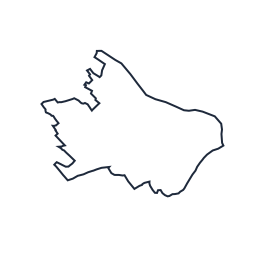 outline of Kardasa, Al Jizah, Egypt, rotated 149°
{"feature_id": "37247803B74669546915316", "entity_name": "Kardasa", "entity_type": "district", "adm_level": 2, "iso_a3": "EGY", "parent_name": "Egypt", "parent_adm1": "Al Jizah", "projection": "natural_earth1", "projection_center": [31.148, 30.052], "detail": "fine", "context": "isolated", "style": "outline", "palette": "slate", "viewbox_px": 256, "rotation_deg": 149, "n_neighbors": 0, "source": "geoboundaries", "source_scale": "gbopen_adm2", "svg_char_len": 2689}
<svg xmlns="http://www.w3.org/2000/svg" viewBox="0 0 256 256"><g transform="rotate(149 128 128)"><path d="M206.6,114.2L201.4,113.0L195.6,112.9L195.4,112.8L190.0,111.2L184.9,110.6L180.3,109.5L179.8,109.3L176.3,108.7L171.2,107.5L164.2,104.3L165.5,103.9L165.5,101.5L165.5,97.9L163.8,94.8L159.9,92.4L157.0,90.0L155.3,89.3L155.3,82.2L153.9,72.5L150.8,72.5L147.9,72.5L145.3,72.0L144.5,72.5L142.2,72.5L137.2,71.0L138.2,69.5L138.8,67.1L138.8,64.7L138.8,62.3L138.3,58.6L136.6,57.4L134.3,59.2L132.0,58.0L132.0,56.2L132.0,54.4L130.9,51.4L129.2,49.0L127.5,48.4L124.0,48.4L121.8,47.2L118.3,45.9L117.8,46.1L116.1,46.5L112.6,46.5L110.8,47.2L105.8,50.1L96.7,54.9L92.1,56.7L90.4,57.9L88.7,59.1L84.7,60.9L84.0,61.2L80.6,62.4L78.4,63.3L73.9,64.5L67.0,65.1L61.3,63.8L55.3,63.8L55.0,66.8L51.0,74.7L48.2,78.3L45.9,83.7L47.6,93.3L55.6,103.6L61.2,109.0L66.9,111.4L70.9,114.4L75.5,121.1L82.3,130.7L89.7,138.6L93.7,144.5L95.4,147.0L95.9,151.8L96.2,154.3L97.0,160.9L98.2,172.9L100.4,186.8L103.8,192.8L111.0,207.8L115.0,210.1L116.3,208.3L117.8,207.4L119.8,206.2L120.2,206.0L118.4,202.3L115.9,196.8L114.9,194.7L119.6,191.4L120.4,190.9L123.8,186.8L126.1,186.2L126.9,187.9L128.3,190.6L129.5,192.9L130.1,198.2L131.6,198.3L133.5,198.4L132.9,193.5L134.5,192.9L134.0,187.5L135.8,187.0L138.6,186.3L140.3,188.7L143.1,187.5L142.0,186.3L143.7,185.1L139.7,178.4L142.0,176.6L140.3,170.0L141.5,168.8L139.8,164.0L143.8,163.1L149.8,161.7L150.0,161.6L150.1,162.4L150.2,166.2L150.3,166.9L150.3,167.4L150.3,168.0L150.4,169.1L152.0,171.6L153.5,171.8L154.1,172.3L154.7,172.7L155.4,173.9L155.6,174.7L156.2,177.0L158.8,181.2L159.6,181.3L160.5,181.4L163.4,182.1L167.9,183.2L171.9,184.5L173.5,185.5L175.1,186.1L175.8,190.7L177.4,190.8L187.0,193.8L189.8,193.1L189.7,192.2L189.7,191.6L189.6,190.6L189.5,188.9L189.4,188.5L189.1,186.4L189.8,185.4L190.3,183.7L189.9,183.1L189.8,182.9L189.4,182.5L189.1,182.1L188.7,181.5L188.2,180.7L187.6,179.7L187.3,178.8L187.2,177.9L186.8,177.6L186.0,177.1L185.8,176.1L185.8,175.2L185.8,173.6L185.6,171.8L185.6,171.3L185.3,169.5L185.1,167.9L186.8,167.6L187.9,167.4L188.5,167.3L188.9,167.6L190.0,167.7L191.3,168.6L191.0,163.4L191.4,163.3L191.2,159.4L194.0,158.8L191.1,145.6L192.8,146.2L194.4,146.3L197.2,147.7L196.4,146.2L196.1,145.6L195.8,144.6L195.6,143.9L195.5,143.2L194.3,141.6L193.9,139.7L193.5,138.2L193.1,136.8L192.9,136.3L192.8,135.7L192.5,134.9L192.3,134.1L190.5,127.4L191.7,127.0L192.3,126.8L192.9,126.6L194.0,126.2L194.5,126.2L195.0,126.1L197.0,125.9L197.5,125.8L198.9,125.6L201.3,126.9L203.6,130.5L204.0,131.2L206.7,135.4L208.1,135.1L210.1,134.5L209.5,132.3L209.3,131.1L208.5,125.9L208.1,122.9L207.8,120.8L207.7,120.3L207.6,119.9L206.6,114.2Z" fill="none" stroke="#1e293b" stroke-width="2"/></g></svg>